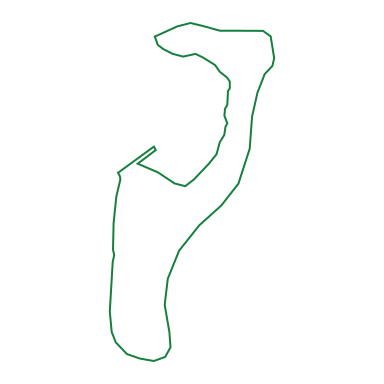 Pingelap, Federated States of Micronesia
{"feature_id": "79324940B997919972842", "entity_name": "Pingelap", "entity_type": "district", "adm_level": 2, "iso_a3": "FSM", "parent_name": "Federated States of Micronesia", "parent_adm1": "", "projection": "natural_earth1", "projection_center": [160.709, 6.209], "detail": "fine", "context": "isolated", "style": "outline", "palette": "green", "viewbox_px": 384, "rotation_deg": 0, "n_neighbors": 0, "source": "geoboundaries", "source_scale": "gbopen_adm2", "svg_char_len": 894}
<svg xmlns="http://www.w3.org/2000/svg" viewBox="0 0 384 384"><path d="M154.8,36.6L157.8,44.9L163.1,49.0L172.5,53.8L183.2,56.6L195.6,53.9L202.7,57.4L215.0,65.0L219.8,71.8L226.8,77.3L229.8,81.5L229.8,88.3L228.0,91.1L227.3,104.8L225.0,108.9L224.4,115.7L227.3,123.3L225.5,126.7L224.3,134.9L219.8,142.2L216.6,154.1L208.9,163.7L194.0,179.4L185.2,186.2L174.5,183.4L158.0,172.4L137.7,163.7L155.7,150.1L153.9,146.6L118.0,172.8L119.8,176.0L120.4,179.3L116.3,196.7L113.6,223.2L113.0,249.6L114.2,255.0L112.7,262.1L109.8,311.5L111.7,332.0L115.8,342.4L127.0,354.1L140.1,358.6L153.9,361.0L165.2,356.9L170.5,347.3L169.4,332.2L164.7,304.8L167.8,278.7L179.1,250.7L199.2,225.4L221.2,205.6L238.4,183.7L249.7,148.7L252.1,116.5L257.5,92.5L264.7,74.1L272.4,65.9L274.2,58.3L270.7,36.4L263.0,30.9L254.7,30.8L219.9,30.7L203.7,26.2L190.3,23.0L177.3,26.4L154.8,36.6Z" fill="none" stroke="#15803d" stroke-width="2"/></svg>